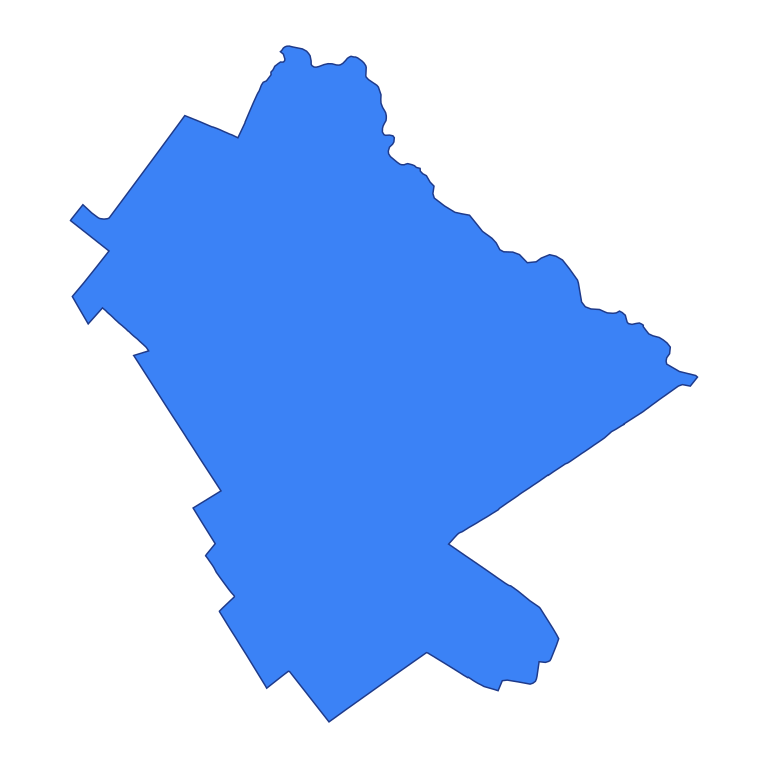 the district of Comisani, Dâmbovita, Romania
{"feature_id": "2599482B43489877129749", "entity_name": "Comisani", "entity_type": "district", "adm_level": 2, "iso_a3": "ROU", "parent_name": "Romania", "parent_adm1": "Dâmbovita", "projection": "orthographic", "projection_center": [25.562, 44.869], "detail": "fine", "context": "isolated", "style": "filled", "palette": "blue", "viewbox_px": 768, "rotation_deg": 0, "n_neighbors": 0, "source": "geoboundaries", "source_scale": "gbopen_adm2", "svg_char_len": 5886}
<svg xmlns="http://www.w3.org/2000/svg" viewBox="0 0 768 768"><path d="M484.0,686.5L494.4,689.5L498.1,690.7L502.3,680.7L507.2,680.1L518.8,682.0L530.1,684.1L532.9,683.2L535.4,681.3L536.4,679.0L537.0,676.3L539.1,661.7L545.4,662.4L548.6,661.4L550.0,660.6L551.0,658.8L556.4,645.3L558.7,638.7L556.5,634.5L552.7,628.1L540.1,608.1L539.0,607.0L529.8,600.7L524.3,596.2L517.8,590.9L510.8,585.9L508.8,585.4L505.2,583.2L496.5,577.2L487.4,570.8L477.1,563.7L465.8,556.0L448.6,544.1L454.5,537.5L457.3,534.5L458.8,533.2L459.4,532.9L460.4,532.4L461.2,532.1L462.0,531.8L464.0,530.6L465.7,529.5L466.4,529.1L467.5,528.4L468.7,527.6L476.2,523.3L478.0,522.2L479.7,521.1L482.1,519.7L482.8,519.2L483.7,518.8L484.6,518.2L485.7,517.6L487.5,516.5L489.6,515.2L491.9,513.7L498.1,509.9L498.5,509.6L498.9,509.0L499.4,508.4L507.1,503.0L515.8,497.1L516.8,496.4L517.4,496.0L518.1,495.5L519.1,494.7L521.5,493.0L521.6,492.9L522.1,492.6L522.6,492.3L523.2,491.9L523.6,491.6L526.6,489.7L527.4,489.1L527.9,488.8L528.1,488.7L528.6,488.4L531.9,486.1L532.1,486.0L532.6,485.6L538.5,481.7L539.8,480.8L540.5,480.3L548.0,475.0L548.2,475.3L549.2,474.7L553.8,471.5L565.3,463.9L567.6,463.0L568.3,462.6L570.8,461.0L581.8,453.4L584.3,451.8L590.6,447.5L594.7,444.6L595.2,444.3L598.9,441.8L604.5,437.9L611.6,431.6L615.8,429.3L616.3,429.0L621.9,425.5L623.5,424.7L624.1,424.4L623.8,424.0L628.0,421.3L634.1,417.4L643.0,411.7L644.1,410.9L645.2,410.0L648.9,407.3L651.8,405.1L658.6,400.1L661.4,398.1L670.9,391.4L675.5,388.1L678.5,386.0L682.4,384.6L690.3,386.1L697.5,377.1L695.7,375.5L679.4,371.5L666.7,364.1L666.1,361.1L666.7,357.8L669.6,353.7L670.3,347.1L667.1,343.0L663.2,339.9L659.3,337.5L652.9,335.8L648.8,333.9L646.2,330.6L643.2,326.6L643.3,325.2L641.7,324.1L639.4,323.0L636.0,323.5L632.0,324.4L628.4,323.6L627.1,322.0L626.1,318.3L625.3,315.2L624.2,314.3L622.3,312.6L619.5,311.1L616.3,312.9L613.0,313.3L607.3,312.9L604.8,311.9L599.5,309.5L591.5,309.0L590.8,308.9L585.3,306.8L581.6,302.0L578.4,283.1L577.5,280.1L569.3,268.6L562.5,260.0L556.0,256.2L549.6,254.7L541.2,258.1L536.2,261.8L527.3,262.7L519.5,254.6L512.8,252.1L503.7,251.8L499.8,249.7L496.2,242.9L492.0,238.3L482.5,231.4L476.3,223.6L469.5,215.2L461.8,213.8L454.9,212.3L444.6,206.0L434.3,198.1L432.9,193.6L434.0,186.1L430.1,182.1L426.4,175.7L422.7,173.7L420.3,171.1L420.1,168.4L416.3,167.4L414.5,165.7L412.0,164.7L407.7,163.6L405.9,164.1L404.1,164.8L401.5,164.7L399.9,164.2L397.1,162.2L390.4,156.6L388.6,153.8L388.3,151.1L389.5,147.1L392.6,144.2L393.9,141.9L394.3,137.7L392.9,135.8L389.6,135.1L385.5,135.3L384.0,134.7L382.4,132.0L382.5,128.3L383.1,126.0L384.5,123.2L386.0,120.6L386.3,118.2L386.3,115.9L385.7,112.9L384.8,111.1L382.6,107.4L381.0,103.2L380.8,99.5L381.0,94.8L378.4,87.1L376.9,85.3L372.6,82.4L368.5,79.6L366.1,77.0L365.8,75.7L366.0,72.2L366.2,67.4L365.8,65.8L364.0,63.0L362.1,61.1L357.7,57.9L355.5,57.0L353.9,57.0L351.0,56.3L349.4,57.0L347.4,58.3L345.6,60.5L342.9,63.3L340.6,64.7L339.0,65.1L336.6,65.0L332.1,63.8L328.0,63.7L324.0,64.6L319.0,66.5L316.1,67.2L314.0,67.0L312.0,65.7L311.2,64.4L311.1,60.9L310.1,55.8L308.6,53.5L306.6,51.2L302.4,48.9L292.5,46.9L289.3,46.1L286.8,46.2L285.1,46.8L283.4,48.0L281.7,50.5L280.4,51.7L281.4,52.5L283.4,54.2L284.6,58.2L284.9,58.8L284.7,60.6L283.6,61.9L282.8,62.1L281.2,62.1L280.5,62.0L279.2,62.9L277.9,63.8L276.6,64.9L275.9,65.4L275.2,65.9L274.7,66.4L274.0,67.9L273.1,69.6L272.5,70.5L271.3,71.6L271.0,72.1L270.9,72.8L271.0,73.6L271.1,74.3L271.1,74.7L270.8,75.0L270.7,75.3L266.4,80.9L263.2,82.3L261.4,85.1L259.2,90.8L258.8,91.6L258.2,92.4L257.1,94.5L253.2,103.1L249.5,111.7L245.1,122.0L245.0,122.8L237.9,137.8L232.0,134.9L230.6,134.4L229.9,134.2L226.4,132.6L224.9,132.0L224.0,131.6L220.1,129.8L217.0,128.5L212.9,127.0L212.1,126.9L210.2,126.1L199.2,121.4L184.8,115.6L178.6,124.1L151.8,160.5L119.7,203.8L109.2,217.9L107.8,218.6L106.6,218.8L104.0,219.1L101.6,218.8L99.7,218.5L98.1,217.7L91.7,212.9L87.1,208.6L82.9,204.7L71.2,219.4L70.5,220.6L73.8,223.2L109.0,251.0L96.5,266.9L83.9,282.7L72.3,296.5L78.7,307.6L88.2,323.9L102.5,307.9L102.9,308.3L105.6,310.5L107.6,312.6L108.0,312.9L109.0,313.8L110.7,315.2L111.1,315.6L111.7,316.2L112.1,316.5L112.8,317.2L113.6,318.0L114.0,318.4L114.4,318.8L115.2,319.6L116.1,320.4L117.0,321.2L117.8,321.9L118.2,322.4L119.5,323.5L119.9,323.8L121.0,324.7L121.6,325.2L122.4,325.8L123.2,326.6L123.7,327.0L125.1,328.2L125.6,328.6L126.8,329.8L127.7,330.7L128.3,331.2L128.7,331.4L129.6,332.2L129.9,332.5L130.5,333.1L130.9,333.5L132.2,334.7L133.1,335.5L134.0,336.3L135.0,337.1L136.1,338.0L136.6,338.3L137.1,338.8L138.0,339.6L138.8,340.4L139.7,341.3L140.6,342.1L141.5,342.9L142.1,343.5L142.7,344.0L143.1,344.3L144.0,345.2L144.4,345.6L145.1,346.2L145.3,346.4L145.6,346.7L146.0,347.1L146.4,347.5L148.5,350.7L148.6,350.9L134.0,355.4L133.7,355.5L134.2,356.2L141.0,366.8L148.2,378.0L148.4,378.3L157.6,392.7L165.9,405.7L166.1,406.0L173.2,417.0L179.2,426.2L179.6,426.9L180.0,427.5L180.5,428.3L181.5,429.8L181.9,430.4L182.1,430.7L186.2,437.1L186.4,437.5L192.7,447.2L199.9,458.5L200.1,458.8L221.0,490.9L220.5,491.2L193.4,507.8L193.1,508.0L194.8,510.8L203.0,524.1L208.3,532.6L214.9,543.2L215.2,543.7L208.6,551.8L206.4,554.5L205.6,555.8L206.2,556.5L207.7,558.5L209.2,560.7L212.1,564.8L213.9,567.6L215.1,569.9L215.8,571.3L216.3,572.3L220.1,577.6L223.6,582.4L226.4,586.2L229.0,589.7L231.4,592.7L234.2,595.8L234.3,596.2L234.4,596.5L234.3,596.9L231.3,599.7L227.2,603.6L222.5,608.1L219.4,611.2L219.5,611.7L221.8,615.4L227.8,625.2L232.0,631.9L235.2,636.9L237.0,639.8L240.6,645.7L246.5,655.0L251.2,662.7L256.1,670.7L264.8,684.9L265.3,685.7L266.7,688.2L267.2,687.8L283.3,675.1L288.3,671.3L289.6,671.6L309.2,696.6L329.0,721.9L329.4,721.6L346.7,709.1L355.7,702.7L392.1,676.8L392.4,676.6L392.5,676.5L426.5,652.6L427.8,653.0L445.0,663.5L458.5,671.9L463.8,675.3L467.9,677.7L468.4,677.3L470.3,678.5L473.2,680.5L475.3,681.8L477.9,683.3L480.7,684.7L481.7,685.2L482.9,685.9L484.0,686.5Z" fill="#3b82f6" stroke="#1e3a8a" stroke-width="1.5"/></svg>